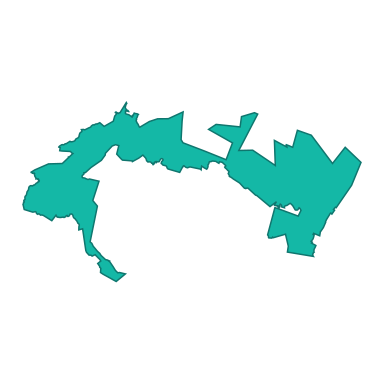 Ciudad Fernández, San Luis Potosí, Mexico
{"feature_id": "50627088B46158390709615", "entity_name": "Ciudad Fernández", "entity_type": "district", "adm_level": 2, "iso_a3": "MEX", "parent_name": "Mexico", "parent_adm1": "San Luis Potosí", "projection": "orthographic", "projection_center": [-100.29, 21.991], "detail": "fine", "context": "isolated", "style": "filled", "palette": "teal", "viewbox_px": 384, "rotation_deg": 0, "n_neighbors": 0, "source": "geoboundaries", "source_scale": "gbopen_adm2", "svg_char_len": 5857}
<svg xmlns="http://www.w3.org/2000/svg" viewBox="0 0 384 384"><path d="M24.2,209.5L32.6,212.1L34.0,212.0L35.2,211.6L36.0,212.0L36.6,213.6L37.8,214.3L38.2,213.8L39.5,214.1L40.4,215.1L42.0,215.0L43.3,215.4L51.8,220.7L56.0,215.2L56.9,216.8L57.4,217.2L58.0,217.0L58.8,217.4L60.7,217.5L63.0,217.1L63.5,217.2L64.0,217.5L65.7,216.7L65.8,216.2L66.7,215.5L67.2,215.5L67.3,216.1L67.6,216.4L68.0,216.5L69.5,215.7L69.6,215.0L70.1,214.1L71.8,214.0L73.0,215.4L73.1,216.5L73.7,217.7L74.5,218.4L75.2,218.8L75.3,219.2L76.9,221.1L78.0,223.4L78.7,223.7L79.3,225.0L78.9,226.7L78.8,229.9L82.6,228.8L85.8,250.5L86.5,252.3L89.0,255.1L91.0,255.2L92.1,256.1L95.2,254.7L96.3,256.0L96.7,256.3L97.5,257.2L99.8,259.4L100.8,261.0L97.7,263.5L99.6,266.2L99.7,267.2L100.8,268.3L100.5,272.5L103.2,274.3L116.2,281.5L125.4,273.9L119.5,272.5L117.8,272.8L115.4,270.4L113.2,266.8L109.6,261.5L109.3,261.2L109.5,261.0L108.2,260.4L108.2,260.6L107.4,260.0L105.8,259.7L105.3,259.4L101.1,255.5L99.7,253.3L98.6,252.4L97.3,251.1L93.2,246.2L91.8,243.3L90.1,241.9L97.4,206.1L92.8,200.5L99.0,181.2L89.5,179.0L88.0,179.5L85.4,178.5L85.0,178.1L82.6,177.7L82.3,177.5L82.1,176.7L82.2,175.7L84.0,173.9L83.9,172.7L85.4,172.6L91.0,167.5L101.4,160.3L105.2,155.1L105.4,153.3L112.2,146.0L115.6,144.7L118.8,145.6L116.7,154.1L121.1,158.9L122.4,160.1L132.2,160.9L132.4,161.6L138.8,158.1L142.9,155.1L145.4,157.8L146.0,158.6L146.6,160.8L147.4,161.4L147.7,161.9L148.4,162.0L148.9,161.8L150.5,162.0L151.0,162.3L151.6,163.2L152.1,163.3L152.8,163.2L153.1,163.5L153.1,164.1L152.9,164.6L153.1,164.7L153.8,164.2L154.3,163.3L154.4,162.4L155.2,161.8L156.0,161.5L156.2,161.8L156.1,162.7L156.3,162.7L157.1,161.7L158.5,161.8L159.2,161.6L160.5,159.2L161.5,158.6L161.9,158.6L162.7,159.0L163.1,159.8L162.6,160.7L161.8,161.4L161.6,161.8L161.2,163.1L161.2,163.5L162.1,164.1L162.8,165.0L164.4,165.5L164.9,165.5L166.2,166.0L166.6,166.5L167.2,168.1L167.7,168.8L168.7,169.2L179.7,172.4L182.7,166.8L183.0,166.8L183.2,166.1L183.7,165.7L184.1,165.8L184.9,166.6L186.0,167.4L187.5,167.8L189.9,166.9L200.4,169.1L201.1,169.8L201.6,166.1L204.3,167.9L206.7,169.2L207.5,168.1L208.0,166.6L208.0,165.2L208.1,164.5L208.6,164.1L208.9,163.4L209.2,162.0L209.7,161.7L210.9,161.7L212.5,161.0L215.9,161.4L217.3,162.4L218.9,163.3L219.5,161.8L222.2,162.3L225.7,165.6L225.7,166.1L224.7,167.1L225.1,167.8L226.4,168.9L228.0,170.7L228.5,170.9L229.0,171.7L228.2,173.6L229.5,175.8L229.3,176.3L229.6,176.6L231.1,177.3L233.3,179.0L239.6,183.0L244.3,188.1L245.5,188.5L245.5,188.3L247.9,188.1L255.5,195.1L257.1,195.7L257.6,196.2L270.0,206.6L276.5,201.7L275.2,203.6L274.5,205.2L276.4,205.8L276.6,205.6L277.6,206.2L277.7,205.8L278.0,205.9L277.9,206.6L278.1,207.2L278.4,207.5L278.8,206.1L279.1,206.2L278.5,208.4L278.9,208.6L280.1,204.2L280.4,204.1L281.6,205.3L281.2,206.8L284.5,207.8L284.4,207.0L285.2,205.7L286.8,205.5L290.0,203.4L290.4,203.4L292.6,205.5L295.3,210.0L297.1,210.1L297.8,209.8L299.1,207.8L299.5,208.2L299.9,208.4L301.0,210.3L298.2,216.1L286.3,211.7L286.1,211.8L285.9,211.6L285.0,211.2L274.9,207.6L267.6,234.9L268.4,235.9L268.5,237.3L268.8,237.9L271.9,238.1L272.6,237.1L273.4,237.7L285.5,234.2L288.3,246.2L287.4,252.1L313.3,256.4L313.0,256.0L313.0,255.6L312.7,255.3L312.9,255.0L312.7,254.7L312.7,254.0L313.1,253.6L313.3,252.8L314.1,252.2L313.9,252.0L314.0,249.6L315.6,246.3L315.9,245.5L311.5,243.1L312.3,242.2L311.1,241.3L312.7,239.5L313.4,237.9L313.8,236.5L314.1,235.0L313.1,234.5L313.6,233.3L319.7,235.8L320.4,231.7L320.5,231.7L321.1,230.9L323.4,227.5L325.7,222.2L325.5,221.8L326.5,219.6L330.3,213.4L330.8,213.0L331.9,214.1L334.6,210.2L333.5,209.4L335.4,207.2L336.2,207.7L351.6,185.3L361.0,162.4L345.2,147.3L332.5,163.5L311.3,135.2L297.4,130.3L292.7,147.3L288.7,145.6L286.3,144.7L286.1,145.2L286.7,145.8L286.9,147.1L274.4,140.4L275.3,165.5L252.7,150.2L238.8,150.5L257.7,114.1L254.5,112.7L241.5,116.6L240.1,126.9L216.1,124.4L208.6,129.4L232.5,142.9L226.1,159.7L204.7,151.1L183.0,142.8L181.1,139.6L182.1,121.2L183.1,111.9L168.3,118.7L157.6,118.8L149.4,121.5L139.8,127.2L139.2,126.8L138.0,124.1L136.8,122.6L136.9,122.2L136.3,121.4L136.1,120.4L136.6,119.6L136.4,119.3L136.3,118.9L137.5,116.5L137.4,115.8L138.4,114.4L136.9,113.7L136.0,113.7L134.2,113.1L133.1,115.5L132.5,115.3L132.1,115.9L132.6,116.3L132.1,117.1L128.8,114.7L126.4,114.1L125.7,113.7L125.4,113.4L125.6,112.6L125.4,112.0L125.5,111.0L128.0,111.2L128.3,111.5L128.6,111.5L128.0,110.6L127.4,110.2L126.9,110.4L126.5,109.9L125.2,107.5L126.1,104.3L126.8,103.5L126.3,102.5L120.0,112.7L119.2,112.8L118.7,113.1L118.6,113.4L116.9,112.6L116.3,112.1L115.9,112.0L115.3,112.4L115.4,112.7L116.9,113.5L114.7,116.1L113.3,121.2L104.1,126.4L99.8,122.7L97.1,124.0L96.2,123.9L95.3,124.2L94.3,124.9L93.1,124.8L92.5,125.1L91.3,126.0L91.0,126.7L90.2,127.3L88.9,127.8L85.5,129.5L84.4,129.8L83.4,129.4L81.4,129.6L81.8,130.4L81.9,131.2L81.7,131.7L80.7,132.3L79.8,133.2L79.1,135.5L79.1,136.5L77.8,138.0L76.1,138.8L75.4,139.6L75.2,140.3L74.6,140.9L73.1,141.5L71.6,141.8L70.5,141.7L70.0,141.3L66.2,143.7L65.6,143.7L64.6,144.1L64.2,144.6L63.3,144.8L62.3,144.6L61.6,144.8L59.7,146.0L58.9,146.8L58.8,147.1L60.2,147.7L59.7,150.7L61.7,151.0L70.5,151.5L71.9,153.1L72.9,153.5L68.9,157.3L68.4,157.0L68.2,157.9L62.3,163.5L48.5,163.9L34.8,169.9L30.6,172.5L31.8,172.4L32.1,172.6L32.2,173.1L32.5,173.3L34.2,173.1L34.5,173.4L34.1,173.7L34.9,176.1L34.9,176.4L35.0,176.5L36.0,178.2L35.9,178.9L36.9,178.8L37.8,178.9L37.6,179.2L37.8,179.3L38.0,179.0L38.6,179.4L38.6,180.2L39.0,180.3L39.3,180.7L39.2,181.0L39.1,180.9L38.6,181.9L38.6,181.4L38.3,181.5L37.7,182.3L37.8,182.5L36.4,183.1L34.5,185.0L33.7,185.0L33.3,185.5L32.9,185.5L32.5,185.7L32.4,185.9L31.9,185.9L31.2,185.6L30.5,185.7L29.3,186.5L28.7,187.9L28.6,189.0L28.2,190.2L27.1,191.7L26.4,194.8L25.7,195.9L25.2,196.2L24.9,197.1L25.0,199.2L24.9,199.6L24.0,200.1L23.7,201.1L24.2,201.6L24.3,201.9L23.4,202.9L23.4,203.9L23.0,204.3L24.2,209.5Z" fill="#14b8a6" stroke="#0f766e" stroke-width="1.5"/></svg>